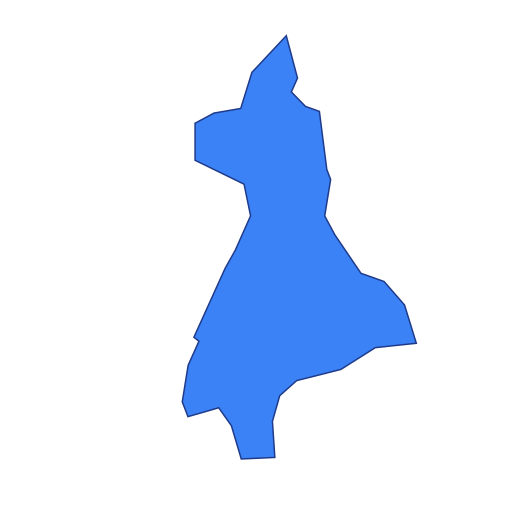 Daedeok-gu, Daejeon, South Korea, rotated 159°
{"feature_id": "91817680B29564477042831", "entity_name": "Daedeok-gu", "entity_type": "district", "adm_level": 2, "iso_a3": "KOR", "parent_name": "South Korea", "parent_adm1": "Daejeon", "projection": "mercator", "projection_center": [127.445, 36.4], "detail": "fine", "context": "isolated", "style": "filled", "palette": "blue", "viewbox_px": 512, "rotation_deg": 159, "n_neighbors": 0, "source": "geoboundaries", "source_scale": "gbopen_adm2", "svg_char_len": 612}
<svg xmlns="http://www.w3.org/2000/svg" viewBox="0 0 512 512"><g transform="rotate(159 256 256)"><path d="M137.6,117.1L134.9,157.0L145.6,186.3L164.2,202.2L174.8,247.5L177.5,268.8L158.9,300.7L158.9,311.4L145.0,368.3L156.2,377.9L164.2,396.5L153.5,407.2L148.8,450.8L194.0,428.9L217.4,399.2L244.0,404.5L265.3,401.8L278.6,367.2L241.4,327.3L246.7,295.4L273.3,268.8L289.3,255.5L343.1,202.4L339.8,196.9L358.5,178.3L377.1,146.3L377.1,130.4L345.2,127.7L339.8,106.4L342.5,71.8L310.6,61.2L299.9,95.8L283.9,117.1L262.7,125.1L217.4,119.7L177.5,127.7L137.6,117.1Z" fill="#3b82f6" stroke="#1e3a8a" stroke-width="1.5"/></g></svg>